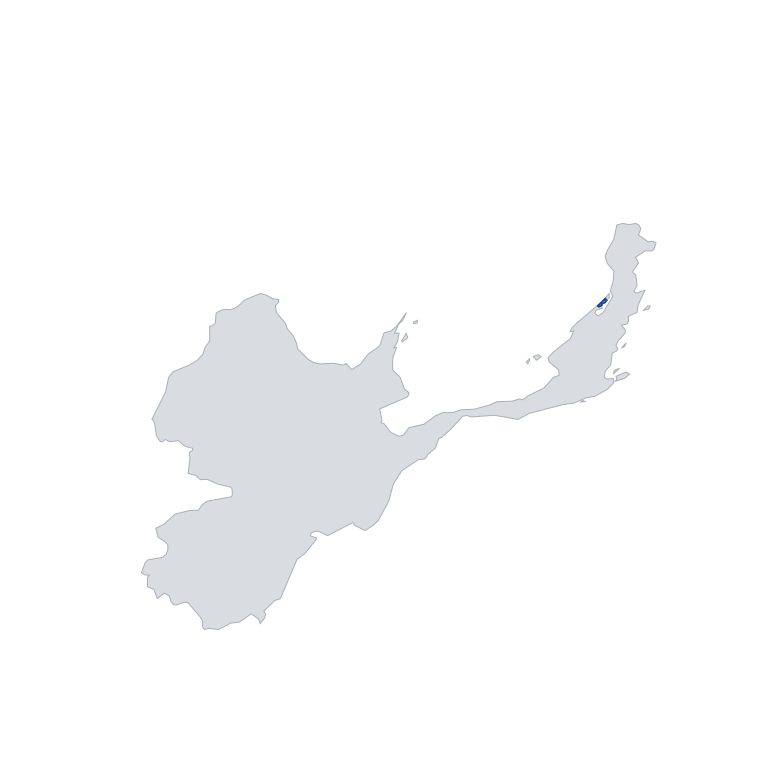 Sathing Phra, Songkhla, Thailand (highlighted), rotated 240°
{"feature_id": "78962969B2429736291194", "entity_name": "Sathing Phra", "entity_type": "district", "adm_level": 2, "iso_a3": "THA", "parent_name": "Thailand", "parent_adm1": "Songkhla", "projection": "natural_earth1", "projection_center": [100.407, 7.492], "detail": "fine", "context": "in_parent", "style": "filled", "palette": "blue", "viewbox_px": 768, "rotation_deg": 240, "n_neighbors": 0, "source": "geoboundaries", "source_scale": "gbopen_adm2", "svg_char_len": 4847}
<svg xmlns="http://www.w3.org/2000/svg" viewBox="0 0 768 768"><g transform="rotate(240 384 384)"><path d="M334.9,82.4L335.6,85.3L338.3,81.4L341.8,79.5L348.9,88.1L349.7,91.8L344.6,105.6L345.4,110.3L348.6,114.0L352.6,116.3L356.7,115.6L364.5,111.7L373.1,114.3L372.6,123.4L375.8,138.0L371.6,152.8L367.4,160.2L370.6,166.6L370.8,172.6L362.6,195.7L364.2,197.5L369.5,200.1L371.7,199.3L380.3,190.1L389.9,183.1L393.0,177.1L399.1,175.1L404.5,169.7L417.1,179.1L420.4,179.9L422.0,181.5L422.6,185.4L424.2,186.0L429.3,180.7L437.9,177.3L441.3,169.3L445.3,166.9L444.9,163.0L446.1,161.5L453.2,161.1L463.9,165.4L467.6,166.2L469.4,165.3L486.4,191.0L497.4,200.8L500.1,207.5L497.7,224.7L498.0,234.6L500.4,242.1L505.1,247.3L508.6,254.8L521.3,261.9L520.2,263.8L521.1,268.4L529.0,273.8L529.6,275.6L528.8,282.6L525.2,287.9L524.4,292.2L524.5,297.5L526.5,305.6L524.1,322.3L519.4,327.0L513.3,330.3L510.0,334.8L507.5,333.7L506.2,329.1L499.5,326.5L486.5,328.9L480.0,327.9L471.3,329.4L462.8,328.7L457.8,326.8L443.7,330.5L437.7,333.8L433.4,338.6L427.1,350.8L420.6,358.3L420.7,361.4L412.6,363.3L413.0,373.7L417.7,385.0L419.1,399.3L428.2,409.4L426.4,416.4L427.5,423.3L434.6,439.2L429.5,431.6L428.5,426.5L422.5,418.6L420.6,422.5L413.6,416.6L410.6,410.7L409.5,413.3L402.6,405.0L395.5,400.5L391.6,398.5L381.7,401.4L369.1,399.1L364.3,401.3L362.3,400.0L361.1,397.5L364.6,367.8L353.7,364.1L351.8,362.1L349.5,364.3L338.8,365.6L331.1,371.0L330.2,375.6L333.7,383.7L329.2,398.5L330.7,412.3L330.1,420.0L324.7,429.6L323.3,437.4L317.2,449.2L313.2,464.2L312.2,473.0L305.1,486.2L303.4,493.7L300.8,496.5L301.8,502.5L300.6,520.8L305.1,534.0L303.9,540.1L308.9,542.3L320.6,538.1L324.6,539.2L327.0,546.4L330.1,568.1L335.0,574.8L336.2,571.4L338.6,574.9L340.4,581.3L346.6,615.5L349.8,624.4L346.1,622.2L344.0,611.4L340.5,611.0L341.7,604.2L339.6,601.8L336.1,603.7L336.1,609.0L345.5,626.0L351.3,626.5L358.6,634.0L366.7,639.5L376.8,637.6L383.8,639.3L387.9,643.9L394.5,655.5L405.3,665.1L403.7,671.1L399.4,676.0L397.2,682.3L394.2,684.2L390.2,684.2L385.9,678.9L375.2,683.8L372.8,688.8L370.1,690.1L365.4,684.6L365.8,681.5L368.7,676.9L368.0,665.1L361.6,665.0L357.3,656.1L355.9,655.2L352.8,656.6L342.7,652.4L339.7,646.9L336.7,647.3L334.7,656.8L325.7,644.1L319.6,638.9L320.5,629.4L316.3,627.4L314.5,624.7L316.1,619.1L310.3,620.0L307.6,618.4L304.2,608.2L301.3,604.1L297.6,604.1L296.3,602.1L296.6,597.1L287.3,590.0L284.3,581.8L279.9,578.2L277.0,579.3L274.2,585.1L272.1,584.7L270.1,583.1L267.7,575.0L267.9,560.7L270.9,552.4L272.5,539.1L276.9,527.9L285.9,495.2L286.3,482.4L301.7,464.0L311.9,443.1L315.3,440.0L316.8,436.1L311.4,419.2L309.0,407.4L309.4,404.3L302.8,396.4L301.2,387.2L299.5,384.4L298.9,381.4L301.3,376.0L300.0,356.0L292.8,342.2L280.0,329.3L268.5,310.5L267.0,303.8L266.6,294.4L275.9,288.0L279.6,287.6L280.9,259.3L288.9,253.9L290.6,251.6L291.4,246.8L289.5,244.1L284.3,248.7L283.3,247.7L276.9,231.0L275.6,221.0L249.9,186.9L251.1,181.2L247.4,166.4L243.6,166.2L241.0,163.6L238.4,157.0L243.3,157.8L251.4,154.1L250.1,139.8L253.6,131.6L254.1,117.9L260.2,109.9L261.1,105.9L264.4,105.4L268.9,108.3L273.6,108.4L292.7,104.9L295.2,101.3L296.3,93.8L298.2,91.4L302.5,90.7L307.5,92.2L312.7,89.3L311.7,80.4L320.9,82.0L326.8,77.9L334.9,82.4ZM274.7,588.9L273.4,599.5L269.8,601.7L268.6,595.5L270.7,585.6L271.7,587.9L274.7,588.9ZM333.0,526.9L332.4,532.0L329.1,533.7L328.3,528.0L333.0,526.9ZM412.7,421.2L416.7,428.5L412.1,427.8L411.2,420.7L412.7,421.2ZM318.4,653.5L316.4,650.4L318.1,645.6L319.8,651.5L318.4,653.5ZM280.7,590.1L279.9,595.9L278.1,588.0L280.7,590.1ZM333.1,522.3L331.4,521.7L329.9,518.3L332.0,518.4L333.1,522.3ZM296.4,607.5L298.5,614.3L296.2,611.1L296.4,607.5ZM422.9,440.4L422.4,444.7L420.3,443.0L421.6,439.8L422.9,440.4ZM270.4,547.8L268.2,549.4L270.0,545.4L270.4,547.8Z" fill="#d9dde1" stroke="#a8b0b8" stroke-width="1"/><path d="M343.1,612.0L344.2,612.6L344.2,613.2L344.0,616.2L344.1,616.3L344.1,616.5L344.3,616.7L344.4,616.9L344.5,617.0L344.6,617.3L344.6,617.5L344.7,617.8L344.7,618.0L344.8,618.4L344.9,618.8L345.5,618.7L345.8,618.5L346.0,618.5L346.0,618.4L346.3,618.4L346.3,618.5L346.5,618.6L347.0,618.4L347.3,618.3L347.5,618.3L347.5,618.2L347.4,617.9L347.3,617.6L347.2,617.3L347.2,617.2L347.0,616.7L346.9,616.1L346.8,615.9L346.7,615.5L346.6,615.1L346.5,614.9L346.5,614.7L346.4,614.6L346.4,614.4L346.3,614.2L346.2,613.9L346.2,613.7L346.1,613.4L346.0,613.0L346.0,612.8L345.9,612.7L345.9,612.4L345.8,612.2L345.8,611.9L345.7,611.9L345.6,611.4L345.6,611.2L345.5,610.9L345.5,610.7L345.4,610.4L345.4,610.2L345.3,609.9L345.3,609.7L345.2,609.5L345.2,609.4L345.2,609.2L345.1,608.9L345.1,608.7L345.0,608.4L345.0,608.2L344.9,608.1L344.7,608.1L344.4,608.1L344.2,608.2L344.0,608.3L343.9,608.3L344.0,608.3L343.9,608.3L343.7,608.3L343.5,608.5L343.4,608.6L343.3,608.8L343.3,609.0L343.3,609.3L343.2,609.4L343.2,609.5L343.2,609.8L343.3,609.9L343.3,610.0L343.1,612.0Z" fill="#3b82f6" stroke="#1e3a8a" stroke-width="1.5"/></g></svg>